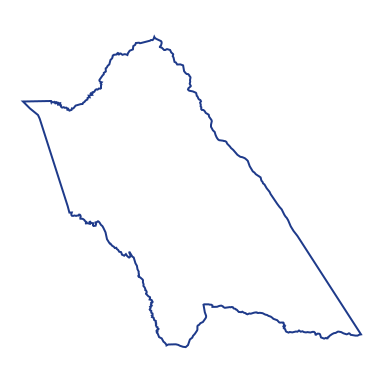 outline of Mutatá, Antioquia, Colombia
{"feature_id": "7082276B10402397965480", "entity_name": "Mutatá", "entity_type": "district", "adm_level": 2, "iso_a3": "COL", "parent_name": "Colombia", "parent_adm1": "Antioquia", "projection": "mercator", "projection_center": [-76.456, 7.344], "detail": "fine", "context": "isolated", "style": "outline", "palette": "blue", "viewbox_px": 384, "rotation_deg": 0, "n_neighbors": 0, "source": "geoboundaries", "source_scale": "gbopen_adm2", "svg_char_len": 5895}
<svg xmlns="http://www.w3.org/2000/svg" viewBox="0 0 384 384"><path d="M51.0,101.0L23.0,101.5L30.0,108.5L38.0,115.0L39.7,118.7L67.7,206.2L69.4,212.6L71.8,212.5L71.3,214.0L71.4,215.0L72.0,215.8L73.2,215.9L74.4,215.5L76.1,215.9L77.4,215.5L78.5,215.5L79.1,214.6L79.8,214.7L80.3,215.2L80.7,216.3L80.3,218.0L80.4,218.7L82.6,218.8L84.3,219.9L84.7,220.7L86.3,222.0L85.8,223.0L85.9,223.4L87.7,223.2L90.1,223.9L90.3,223.7L89.7,223.1L89.6,222.2L89.6,221.9L90.1,221.7L91.2,223.0L93.0,223.2L93.0,225.4L93.6,226.0L95.6,225.7L96.1,224.0L95.3,222.9L95.4,222.4L96.7,222.2L97.9,221.3L98.4,221.4L99.5,222.5L100.9,224.8L102.4,226.1L103.3,227.7L105.5,232.3L107.0,239.2L109.3,242.9L110.2,243.9L110.5,243.7L112.2,245.8L113.8,246.7L114.8,248.0L116.3,247.8L116.8,249.0L118.0,249.8L119.3,251.8L120.9,252.0L121.7,253.6L121.9,254.6L124.2,255.7L125.9,254.1L127.0,255.8L128.7,257.4L129.3,257.5L130.2,256.6L130.4,255.7L130.1,254.3L129.3,252.8L129.3,252.4L129.7,252.3L132.3,256.6L133.7,257.5L135.5,263.4L136.9,265.8L137.5,269.3L138.7,271.6L138.6,273.0L138.9,273.9L139.0,275.4L138.4,275.6L138.4,276.3L138.9,277.0L140.1,277.3L142.7,279.6L143.0,280.4L142.9,282.2L143.6,284.4L143.4,285.9L144.7,287.5L145.3,289.1L145.2,290.0L146.1,290.5L146.7,292.0L146.6,292.9L146.0,293.4L146.0,293.8L148.4,296.3L150.0,297.2L150.1,298.1L149.6,299.5L151.6,300.0L152.6,301.8L152.5,302.2L151.3,302.5L151.0,303.0L151.5,303.8L150.9,304.8L151.7,305.7L150.1,306.8L150.7,307.7L149.7,309.5L150.3,310.4L151.2,310.7L151.3,312.7L152.5,313.5L152.6,315.3L151.9,315.6L152.5,316.5L152.1,317.1L153.6,317.7L154.2,320.0L155.9,321.1L155.6,322.1L156.2,323.1L155.8,323.8L156.2,324.7L155.9,325.2L156.6,326.9L157.5,327.2L157.7,328.4L158.5,329.0L158.0,329.7L157.5,329.5L156.5,330.8L156.6,331.3L157.4,331.9L156.8,332.5L156.9,332.8L157.7,333.6L159.1,337.1L161.7,338.4L163.5,341.7L164.8,342.7L166.4,344.7L166.5,345.4L168.3,344.5L175.8,344.3L178.3,344.9L180.0,345.8L183.1,346.8L185.7,347.1L188.0,345.1L189.9,339.5L192.3,337.6L193.0,335.9L194.9,333.8L197.1,330.5L197.4,329.6L197.4,326.5L197.7,325.6L199.1,324.8L200.4,323.2L202.9,322.0L205.6,318.2L206.1,317.0L206.1,315.8L204.8,312.2L203.8,306.4L203.5,304.7L204.2,304.3L208.7,304.3L209.7,304.7L211.2,304.7L212.4,305.4L212.4,306.9L217.0,306.8L219.4,305.9L221.2,305.6L222.8,306.3L223.4,307.1L224.9,307.8L229.9,307.1L230.6,307.3L231.6,307.0L232.8,307.2L233.6,308.4L235.5,308.9L235.9,309.5L236.8,309.8L238.7,311.9L241.2,312.2L242.3,311.7L243.9,312.7L245.7,313.2L246.3,313.9L247.4,314.3L249.3,313.5L250.8,313.7L254.0,312.7L255.8,312.4L256.8,312.4L257.1,312.8L258.0,313.0L259.9,312.8L262.6,313.2L265.3,314.6L267.1,315.0L268.5,315.9L270.7,316.6L272.6,318.0L273.3,318.8L277.2,320.2L279.1,322.3L279.8,322.6L283.1,322.5L283.5,322.8L283.4,323.4L284.3,324.6L283.6,326.0L284.9,326.1L284.5,327.1L283.8,327.4L283.7,328.0L284.4,328.7L285.2,329.2L285.7,330.9L286.3,331.7L288.6,332.6L289.7,332.0L292.3,332.4L295.9,331.5L297.5,331.7L299.0,330.5L300.7,331.7L302.5,331.3L304.0,332.1L306.0,332.4L307.4,332.1L310.4,332.5L312.4,331.9L314.0,331.9L315.0,332.7L315.6,334.7L316.2,334.7L317.2,333.8L317.9,333.6L319.4,333.8L320.0,334.3L321.0,337.4L324.1,338.6L326.0,337.9L326.8,338.4L327.6,338.3L328.2,337.0L329.0,336.7L329.5,335.9L332.1,334.1L333.9,333.2L335.7,332.9L337.7,331.7L338.5,331.6L341.2,332.1L343.4,333.3L346.5,334.3L347.2,334.2L349.0,333.3L349.7,333.6L350.7,334.8L355.4,335.6L357.6,335.6L359.3,334.7L361.0,334.4L297.4,235.9L293.5,230.9L290.7,226.3L288.1,220.2L286.6,217.7L285.6,216.7L284.3,214.7L281.7,209.4L279.4,206.8L277.1,203.7L270.6,194.1L269.6,191.9L266.7,188.3L264.5,184.5L263.0,183.3L262.6,182.0L261.4,180.6L260.6,177.4L255.8,174.2L254.4,172.5L252.8,171.4L249.7,166.2L247.8,160.9L246.6,159.7L244.8,158.2L242.4,157.2L240.3,156.8L237.4,154.8L233.2,149.9L230.9,147.9L230.0,146.6L227.2,143.7L226.3,141.8L225.0,141.1L223.8,141.0L223.1,140.7L219.2,140.2L218.0,139.4L216.7,137.5L215.5,134.8L214.7,132.0L212.9,130.3L211.0,126.8L211.0,124.8L211.8,121.1L211.4,119.9L209.1,116.7L208.7,114.7L205.7,112.9L204.8,111.3L203.8,110.3L203.3,110.0L201.8,109.9L201.2,109.1L201.3,107.2L200.6,106.4L200.8,104.8L200.1,102.7L201.0,101.3L200.3,100.0L199.0,99.4L198.4,98.6L197.4,96.3L196.8,95.9L196.2,93.2L195.8,92.7L192.8,91.4L189.2,90.7L188.0,89.6L188.4,88.3L190.7,86.3L190.8,85.9L189.7,83.8L190.2,81.8L190.0,80.0L190.5,77.7L190.3,76.9L189.6,76.3L189.4,75.5L188.3,74.2L186.8,74.0L185.7,73.2L184.1,71.2L183.1,65.4L180.4,64.4L177.2,64.5L175.9,62.5L174.5,61.9L173.5,57.4L172.7,56.2L173.2,54.5L173.1,54.1L171.2,52.4L170.1,50.0L167.0,49.1L165.2,50.0L164.1,50.0L161.8,47.7L159.9,47.1L159.9,46.6L161.0,45.4L161.6,43.3L161.6,42.1L161.0,41.1L156.1,38.8L154.7,37.7L154.3,36.9L153.5,39.1L152.6,40.1L151.0,40.0L150.0,40.7L140.7,43.1L139.8,43.2L139.0,42.7L135.9,43.0L135.2,44.8L133.3,46.1L132.9,49.4L129.7,50.7L128.0,53.2L127.4,55.0L126.1,54.4L124.5,54.2L122.4,54.8L120.7,53.5L120.1,53.6L118.9,54.5L118.6,54.4L118.6,53.4L117.9,53.0L117.2,53.5L116.5,54.5L113.9,54.8L113.5,55.3L112.8,55.5L112.3,57.9L111.5,59.0L110.5,59.9L109.3,64.4L107.7,65.8L106.8,67.5L105.7,68.4L105.8,71.5L103.8,72.9L103.7,74.4L102.6,75.4L99.5,79.8L99.4,80.4L99.8,81.4L100.7,82.0L101.7,82.3L100.7,83.5L101.4,84.6L101.0,85.3L101.0,88.2L100.3,88.7L98.9,88.5L97.6,89.6L96.3,89.3L95.2,90.2L94.3,91.8L92.6,92.2L92.6,93.5L92.3,94.0L91.0,93.2L90.6,93.6L90.7,94.6L91.3,95.0L90.5,95.1L89.6,95.7L88.8,95.7L89.5,97.2L88.8,97.1L88.3,97.7L87.6,97.9L87.4,99.5L85.6,100.5L84.4,102.0L83.2,102.7L82.5,104.0L80.8,104.1L75.6,105.6L73.7,108.0L72.8,108.6L71.9,108.4L71.5,109.9L69.4,110.6L68.8,109.8L67.4,109.8L67.3,109.2L67.9,108.9L68.0,108.6L67.0,108.3L66.4,107.7L64.7,107.8L63.8,107.2L62.1,107.6L61.2,106.9L60.9,106.5L61.0,105.4L60.4,105.4L60.1,105.1L60.2,103.3L59.1,103.7L58.7,104.5L58.1,104.7L58.0,104.3L58.9,103.6L58.8,103.0L57.8,102.6L56.5,103.1L56.4,102.2L56.0,102.0L55.6,102.2L55.5,103.0L55.2,103.2L54.2,101.9L53.5,102.3L52.5,102.2L51.8,101.7L51.4,102.4L51.0,101.0Z" fill="none" stroke="#1e3a8a" stroke-width="2"/></svg>